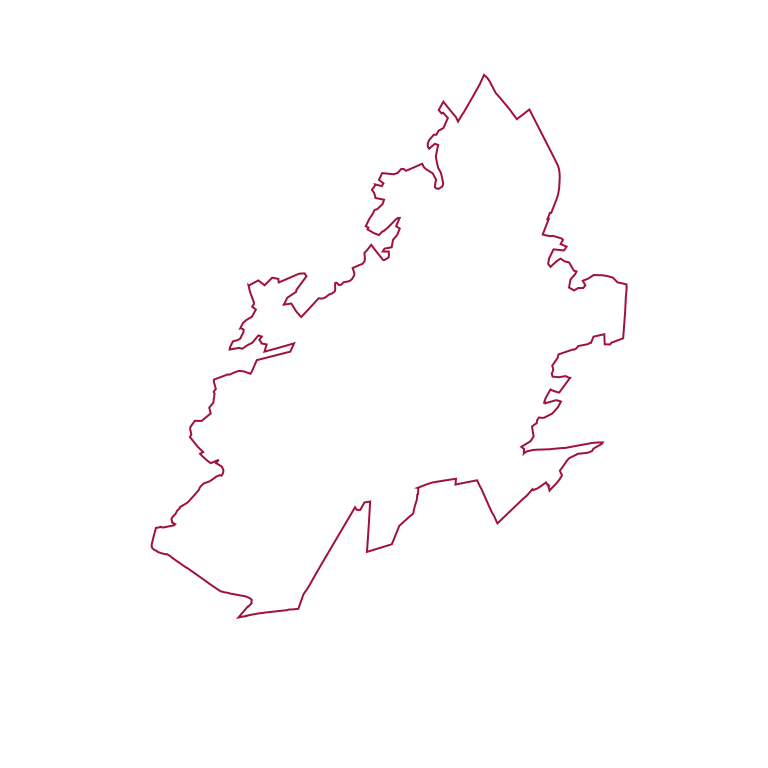 the district of Lazdonas pag., Madona, Latvia, rotated 142°
{"feature_id": "27541924B23480282117113", "entity_name": "Lazdonas pag.", "entity_type": "district", "adm_level": 2, "iso_a3": "LVA", "parent_name": "Latvia", "parent_adm1": "Madona", "projection": "equal_earth", "projection_center": [26.196, 56.824], "detail": "fine", "context": "isolated", "style": "outline", "palette": "rose", "viewbox_px": 768, "rotation_deg": 142, "n_neighbors": 0, "source": "geoboundaries", "source_scale": "gbopen_adm2", "svg_char_len": 6166}
<svg xmlns="http://www.w3.org/2000/svg" viewBox="0 0 768 768"><g transform="rotate(142 384 384)"><path d="M642.4,289.6L636.4,286.6L636.5,286.4L635.5,285.9L635.3,286.1L631.5,284.3L624.9,280.9L617.6,276.6L599.8,265.6L597.5,264.7L595.1,262.8L589.9,259.6L576.8,267.9L569.6,270.1L554.5,276.3L543.7,280.7L482.7,304.7L483.0,301.7L480.2,299.4L472.4,302.7L467.3,299.9L479.4,286.1L491.5,272.5L500.8,262.2L476.5,252.9L459.3,262.8L446.4,263.8L440.9,263.9L435.3,268.5L433.1,270.0L429.4,272.6L425.8,276.4L425.1,276.2L422.4,279.2L421.1,280.9L421.6,281.5L411.0,278.3L406.1,276.4L395.9,270.8L385.6,265.0L389.6,260.8L369.9,250.8L371.3,244.8L372.0,240.6L376.7,222.0L377.9,216.9L378.5,212.3L379.6,207.9L380.4,204.3L346.2,207.8L340.1,208.1L331.7,209.7L331.8,208.6L327.7,207.3L322.9,206.8L319.9,206.9L319.2,206.7L316.9,206.7L317.3,204.2L316.7,204.0L316.6,202.1L317.6,202.0L318.0,200.8L319.2,198.1L308.9,199.7L304.9,200.6L300.1,202.3L298.8,207.4L292.4,209.2L286.5,211.1L283.5,211.5L275.0,209.7L274.7,209.9L266.6,204.9L265.4,204.3L261.5,203.1L258.7,204.1L249.1,202.7L247.6,203.3L252.0,206.6L256.1,209.3L281.0,222.3L282.6,223.6L290.7,228.8L293.4,230.4L303.4,237.7L307.1,240.2L312.8,242.9L316.0,243.3L316.6,243.2L313.6,246.5L314.5,250.0L303.8,248.7L298.4,250.5L293.6,259.3L291.1,259.4L287.8,259.1L287.7,259.4L285.2,261.4L282.5,262.2L280.4,260.1L278.8,258.9L269.5,257.1L261.4,258.6L255.3,261.2L258.3,265.3L268.7,269.5L268.3,270.0L269.3,270.7L265.5,273.3L256.2,277.2L254.9,274.5L251.9,270.2L251.2,269.4L233.6,274.3L234.4,275.0L236.0,278.4L242.2,281.8L246.6,286.0L245.6,288.7L241.7,291.1L240.1,294.9L231.3,297.6L228.3,299.9L213.9,294.9L213.1,294.1L211.6,293.7L210.3,293.7L207.5,294.3L198.9,289.9L195.2,289.4L195.2,289.2L189.7,292.3L179.8,287.6L185.6,279.4L181.6,276.0L179.3,276.5L167.4,272.8L149.2,292.8L140.1,303.4L133.7,310.2L131.6,313.3L137.5,320.5L138.1,326.9L141.6,331.6L144.6,334.9L151.7,340.8L158.2,341.3L163.8,343.0L164.6,337.8L167.9,337.0L172.0,340.1L176.6,340.7L178.8,346.1L172.6,351.6L165.9,352.8L163.0,354.2L164.6,356.4L163.3,365.9L166.1,369.3L167.7,374.1L172.5,374.5L180.7,373.8L180.7,377.6L176.5,381.4L167.5,385.7L159.9,378.4L155.5,379.9L158.7,385.5L154.2,387.4L154.4,389.2L159.7,396.8L161.5,397.8L162.4,398.7L165.2,401.8L166.9,404.1L152.6,412.6L153.7,413.3L147.9,416.7L146.9,415.9L135.9,422.4L132.6,424.4L129.8,426.5L125.9,430.0L123.6,432.5L118.7,438.2L117.1,440.3L115.3,443.0L113.8,445.6L112.5,449.0L111.7,452.8L109.9,461.7L100.4,510.8L110.4,510.8L116.3,511.0L115.9,523.1L116.4,538.3L116.8,544.5L115.0,554.5L114.5,556.8L114.1,561.4L114.9,566.0L123.7,561.4L137.2,555.7L154.3,548.8L156.1,548.4L164.1,545.2L163.0,550.0L163.2,554.9L163.5,569.9L172.2,566.2L172.1,561.8L170.4,561.4L169.9,554.3L179.6,549.1L184.9,550.0L189.4,548.2L191.3,549.8L198.2,548.4L201.6,546.5L203.2,544.2L203.6,541.6L196.1,542.0L194.1,539.0L197.3,536.4L203.1,531.4L205.8,526.2L208.2,521.1L209.2,515.1L213.5,506.2L215.0,504.5L216.9,503.7L220.8,504.2L222.4,505.8L222.7,507.8L219.1,511.5L217.3,512.6L215.9,520.0L218.6,527.3L219.1,530.2L218.3,534.0L235.3,538.4L236.2,541.5L238.0,542.8L243.4,541.9L247.2,543.3L255.6,551.3L262.3,548.0L260.9,542.5L263.9,541.3L268.2,546.8L268.4,546.1L274.0,544.4L274.1,540.9L275.0,538.4L276.2,535.8L270.5,529.2L274.4,526.6L277.6,526.4L281.7,525.9L284.3,527.0L287.1,525.5L294.6,522.8L301.2,519.6L300.0,516.9L301.8,516.0L299.1,509.2L296.3,504.5L291.2,505.2L290.9,505.0L290.2,504.7L286.1,504.8L284.1,504.9L283.8,504.9L283.1,505.0L282.8,505.2L280.9,505.3L280.1,505.5L273.5,506.4L272.5,506.3L271.2,506.4L269.4,505.2L277.3,500.9L275.9,496.8L281.7,493.4L288.2,492.0L293.8,487.0L300.3,490.4L303.4,489.2L298.7,485.4L300.6,482.7L302.4,480.9L307.3,481.4L308.3,482.2L308.5,493.0L308.4,501.5L314.5,500.0L318.8,499.3L321.7,494.7L323.9,492.6L327.1,491.9L329.9,492.8L337.3,494.7L339.1,489.6L340.5,488.1L342.4,487.2L344.7,486.4L347.3,486.3L349.4,487.0L353.0,489.0L356.7,488.7L357.8,489.0L358.6,489.8L358.8,492.4L359.4,493.3L360.5,493.5L364.5,488.2L365.6,487.4L367.2,487.2L369.5,487.4L372.0,488.3L376.3,488.3L378.9,488.8L380.7,489.8L382.8,491.8L388.4,490.8L408.0,487.7L408.5,495.1L407.5,504.5L414.1,508.2L407.0,511.5L396.5,510.7L395.0,512.1L378.8,516.6L378.5,520.1L383.0,523.2L404.4,528.8L402.6,531.9L406.6,536.6L417.3,535.3L419.3,543.0L429.7,544.8L429.9,545.4L431.1,542.8L432.0,541.1L433.5,537.2L436.1,528.9L436.4,528.2L437.5,526.9L439.5,526.4L440.3,526.0L439.1,521.6L446.7,518.3L453.2,519.2L454.7,519.0L457.4,518.9L458.2,518.6L462.9,516.4L462.6,516.3L461.1,513.3L462.5,511.7L465.1,510.2L465.7,510.1L469.4,508.2L472.5,508.8L476.7,510.6L478.7,509.7L481.8,508.2L484.2,506.6L484.5,506.2L475.9,501.7L474.1,499.1L467.6,498.6L462.3,497.6L456.3,498.9L453.1,499.6L451.1,496.7L455.1,495.5L455.1,492.5L455.6,491.4L452.1,487.4L458.3,483.1L441.6,476.1L429.8,471.4L437.9,467.2L469.5,481.1L472.8,479.4L479.8,475.5L483.0,474.3L486.3,479.8L490.3,483.7L493.8,484.9L500.5,486.7L501.1,487.7L515.4,492.2L517.0,489.8L519.6,483.6L522.9,482.8L523.1,482.5L523.4,480.7L524.0,480.3L525.6,478.5L527.6,476.8L529.7,474.5L536.3,472.9L538.7,467.5L550.5,467.2L555.8,471.5L563.0,469.3L564.4,468.0L567.0,462.7L569.6,461.7L569.4,448.8L568.4,441.7L571.9,442.3L571.5,438.4L570.4,432.2L569.2,428.2L565.4,427.3L560.9,426.0L565.1,425.2L563.0,419.8L562.7,418.3L563.6,414.9L565.1,413.4L566.4,412.5L568.6,411.8L569.5,413.3L573.1,414.3L577.1,414.4L580.6,414.6L582.6,415.0L586.4,416.4L587.9,416.6L592.0,416.1L593.4,415.6L594.4,414.9L595.1,414.6L600.1,413.5L610.5,411.7L612.0,411.6L613.6,411.7L620.2,412.6L621.2,412.0L625.0,411.5L628.5,409.9L630.3,409.8L633.5,409.1L634.9,408.2L635.3,406.7L635.8,405.9L636.1,405.6L636.2,405.0L635.7,404.6L635.4,403.8L635.6,403.3L634.9,402.1L636.4,401.9L646.6,407.0L648.1,409.1L648.4,408.9L652.3,411.0L659.0,406.0L665.8,400.6L667.1,399.0L667.3,398.5L667.5,397.8L667.6,397.1L667.1,394.6L665.8,392.1L665.8,391.2L665.6,390.9L663.9,388.1L661.0,384.4L660.0,383.8L658.6,380.8L657.8,377.0L652.9,361.1L652.5,360.6L648.9,348.9L644.8,335.0L644.7,334.4L641.2,323.7L640.5,321.8L640.0,320.8L637.5,317.5L635.8,315.8L635.1,315.0L634.7,314.1L624.9,303.1L624.0,302.1L622.6,299.8L621.3,296.9L621.1,295.2L622.9,293.7L623.2,292.8L627.3,292.3L628.0,292.1L628.5,292.5L642.4,289.6Z" fill="none" stroke="#9f1239" stroke-width="2"/></g></svg>